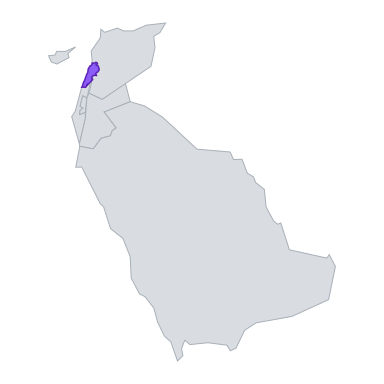 Lebanon highlighted among its neighbors
{"feature_id": "LBN", "entity_name": "Lebanon", "entity_type": "country or territory", "adm_level": 0, "iso_a3": "LBN", "parent_name": "Asia", "parent_adm1": "", "projection": "equal_earth", "projection_center": [35.971, 33.877], "detail": "fine", "context": "with_neighbors", "style": "filled", "palette": "violet", "viewbox_px": 384, "rotation_deg": 0, "n_neighbors": 6, "source": "natural_earth", "source_scale": "50m", "svg_char_len": 2483}
<svg xmlns="http://www.w3.org/2000/svg" viewBox="0 0 384 384"><path d="M90.2,84.1L86.9,98.0L82.7,95.8L80.1,106.3L83.1,108.1L80.1,110.3L79.6,114.5L85.2,112.3L85.4,118.5L79.4,144.0L71.7,116.6L75.2,111.4L81.7,87.2L90.2,84.1Z" fill="#d9dde1" stroke="#a8b0b8" stroke-width="1"/><path d="M85.2,112.3L79.6,114.5L80.1,110.3L83.1,108.1L80.1,106.3L82.7,95.8L86.9,98.0L85.2,112.3Z" fill="#d9dde1" stroke="#a8b0b8" stroke-width="1"/><path d="M86.9,98.0L89.0,93.1L102.2,99.3L125.2,82.6L130.2,101.7L104.2,112.0L116.2,127.9L112.3,130.6L110.3,135.9L101.2,138.2L93.2,148.9L79.8,146.3L79.4,144.0L85.4,118.5L86.9,98.0Z" fill="#d9dde1" stroke="#a8b0b8" stroke-width="1"/><path d="M89.0,93.1L93.1,75.6L99.5,69.7L97.6,63.6L92.3,62.8L91.2,51.0L100.3,37.9L100.9,29.3L104.7,32.3L117.4,28.1L123.6,30.9L133.1,30.9L146.3,25.2L165.6,23.0L159.9,32.6L153.7,36.4L155.0,47.6L151.0,66.3L102.2,99.3L89.0,93.1Z" fill="#d9dde1" stroke="#a8b0b8" stroke-width="1"/><path d="M79.8,146.3L93.2,148.9L101.2,138.2L110.3,135.9L112.3,130.6L116.2,127.9L104.2,112.0L130.2,101.7L144.6,106.0L162.5,117.1L197.0,149.2L230.2,152.0L233.5,159.6L242.0,159.2L247.3,173.1L253.4,176.8L255.7,182.5L264.3,189.4L266.1,207.0L273.6,220.9L277.5,224.2L280.8,223.0L289.4,249.8L326.9,258.1L329.2,254.6L335.4,266.4L328.6,299.6L291.9,316.4L256.1,322.8L244.6,330.3L236.1,348.0L230.3,350.8L227.0,345.2L207.8,342.7L190.0,344.6L184.8,340.2L181.5,348.5L182.9,355.6L177.5,361.0L170.9,342.0L164.3,335.9L157.5,321.9L153.9,308.2L145.1,296.7L139.6,294.0L131.2,278.1L130.2,256.8L123.0,238.5L110.5,228.6L103.7,207.1L100.1,203.4L81.8,167.1L75.8,167.2L79.8,146.3Z" fill="#d9dde1" stroke="#a8b0b8" stroke-width="1"/><path d="M69.0,57.6L56.9,64.0L51.2,61.9L48.6,55.7L55.0,55.1L56.7,51.3L65.1,51.5L75.7,46.9L67.8,53.5L69.0,57.6Z" fill="#d9dde1" stroke="#a8b0b8" stroke-width="1"/><path d="M92.0,63.1L94.1,63.1L95.4,63.0L95.8,62.3L96.8,62.6L97.4,63.3L96.9,64.0L96.1,64.9L96.2,65.1L96.7,65.1L97.7,65.6L98.2,66.1L99.2,69.4L98.6,70.8L97.7,72.0L97.3,72.1L96.5,72.7L95.8,73.5L95.6,74.0L95.6,74.5L96.6,75.1L96.6,75.4L96.4,75.6L95.7,75.4L94.7,75.4L94.1,75.4L93.4,75.5L92.5,76.2L92.2,76.7L92.0,77.0L91.6,78.0L92.0,78.7L92.6,79.1L92.7,79.3L92.6,79.7L91.9,80.1L91.5,80.7L91.3,81.2L90.8,81.7L90.4,82.0L89.8,82.7L89.2,83.3L87.9,84.2L87.6,84.7L87.4,84.2L86.8,84.6L86.3,86.6L85.4,87.3L84.2,87.2L83.2,87.1L81.8,87.2L82.4,86.0L82.9,84.4L83.5,82.3L84.5,80.6L86.6,74.7L87.8,72.3L88.2,69.0L90.0,66.0L91.4,65.2L92.1,64.3L92.0,63.1Z" fill="#8b5cf6" stroke="#5b21b6" stroke-width="1.5"/></svg>